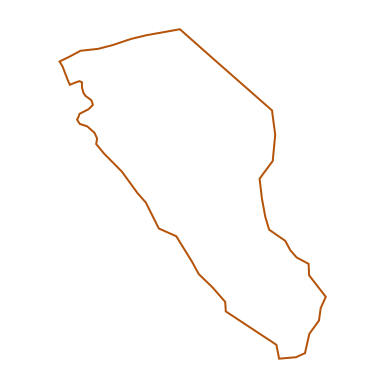 outline of Soufriere Estate, Soufrière, Saint Lucia, rotated 3°
{"feature_id": "8701671B12581562971222", "entity_name": "Soufriere Estate", "entity_type": "district", "adm_level": 2, "iso_a3": "LCA", "parent_name": "Saint Lucia", "parent_adm1": "Soufrière", "projection": "mercator", "projection_center": [-61.055, 13.851], "detail": "fine", "context": "isolated", "style": "outline", "palette": "amber", "viewbox_px": 384, "rotation_deg": 3, "n_neighbors": 0, "source": "geoboundaries", "source_scale": "gbopen_adm2", "svg_char_len": 984}
<svg xmlns="http://www.w3.org/2000/svg" viewBox="0 0 384 384"><g transform="rotate(3 192 192)"><path d="M268.1,109.0L267.7,106.4L205.3,57.1L171.4,30.1L138.3,37.8L122.9,42.4L104.6,49.6L90.6,54.0L73.2,56.8L62.7,63.2L52.9,68.6L56.2,73.5L61.7,85.9L64.4,91.3L70.7,88.4L73.9,87.2L76.4,88.2L76.6,93.1L78.4,98.7L80.6,101.6L86.4,105.4L87.6,107.5L88.4,110.3L84.4,114.7L79.6,117.5L75.6,119.8L74.4,123.9L73.4,125.7L76.4,129.9L83.9,131.9L91.6,138.1L94.4,143.5L93.9,148.4L93.8,149.1L101.9,158.0L120.8,175.2L137.5,195.8L146.4,204.9L160.8,230.2L178.6,237.0L195.3,261.1L203.1,273.7L217.6,286.3L230.9,300.0L232.0,309.5L284.3,340.2L286.9,350.7L287.7,353.9L296.1,352.7L304.4,351.6L313.3,347.0L313.4,346.2L316.6,327.5L325.5,313.8L326.0,308.3L326.6,301.2L331.1,289.7L313.3,269.1L312.2,257.7L299.9,251.9L293.2,245.0L287.7,235.9L274.7,227.9L271.0,225.6L266.5,213.0L262.1,194.6L259.5,179.2L258.8,175.2L262.8,169.1L271.0,156.8L272.1,130.5L268.1,109.0Z" fill="none" stroke="#b45309" stroke-width="2"/></g></svg>